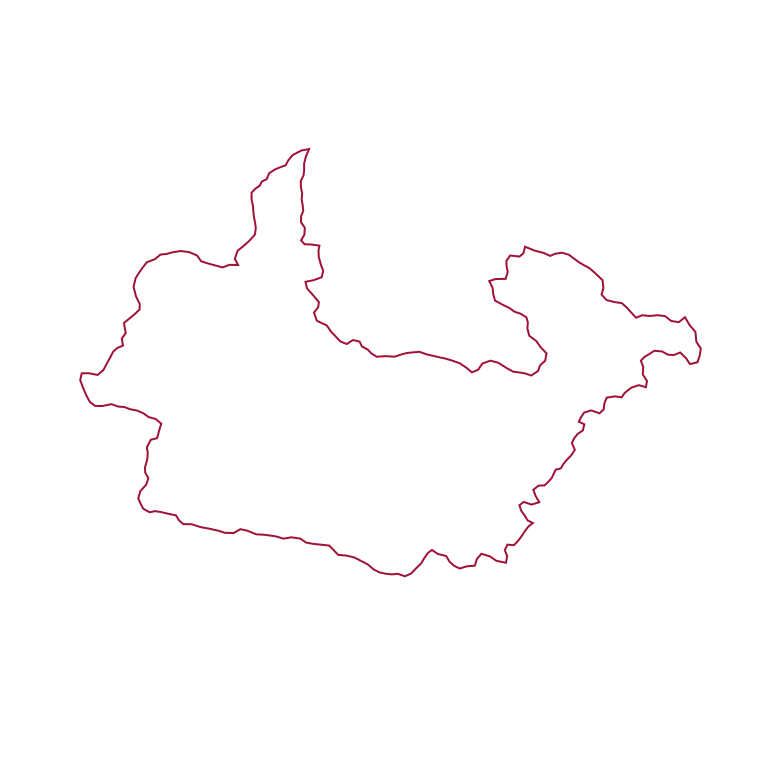 Virginópolis, Minas Gerais, Brazil (Natural Earth projection), rotated 289°
{"feature_id": "56859067B47884480134437", "entity_name": "Virginópolis", "entity_type": "district", "adm_level": 2, "iso_a3": "BRA", "parent_name": "Brazil", "parent_adm1": "Minas Gerais", "projection": "natural_earth1", "projection_center": [-42.648, -18.801], "detail": "fine", "context": "isolated", "style": "outline", "palette": "rose", "viewbox_px": 768, "rotation_deg": 289, "n_neighbors": 0, "source": "geoboundaries", "source_scale": "gbopen_adm2", "svg_char_len": 4136}
<svg xmlns="http://www.w3.org/2000/svg" viewBox="0 0 768 768"><g transform="rotate(289 384 384)"><path d="M581.8,236.7L577.9,229.9L570.8,223.1L564.1,220.6L558.7,219.8L555.6,215.8L551.3,211.0L545.7,206.7L539.5,206.4L535.7,202.6L531.0,201.9L527.0,198.9L521.8,196.5L515.6,198.6L509.5,202.2L504.4,204.4L499.5,206.7L494.9,209.4L490.0,211.9L483.3,213.3L475.1,209.8L468.2,205.9L462.3,202.2L453.8,202.2L449.0,207.3L446.3,198.9L441.7,193.5L441.2,186.4L440.7,178.6L440.5,171.1L444.6,165.5L445.3,156.8L443.5,148.5L440.0,141.7L436.2,136.1L433.6,130.5L427.5,126.8L421.9,120.1L413.9,117.4L408.0,115.8L402.9,114.7L394.3,115.6L386.1,121.0L380.0,127.1L374.8,128.6L369.0,125.6L363.1,122.0L357.1,118.3L352.5,120.7L348.2,123.2L341.5,121.3L335.4,124.7L331.2,120.1L326.4,117.4L319.3,116.4L313.3,115.3L305.7,114.1L299.3,110.2L298.2,101.9L295.7,94.7L288.8,95.5L281.0,101.9L275.1,107.5L271.3,111.7L269.2,118.0L271.5,124.9L276.2,132.8L276.2,140.4L277.7,145.9L277.5,152.0L278.5,159.3L278.0,166.1L276.1,172.3L276.6,179.5L273.9,186.4L269.0,186.4L263.6,186.8L258.9,187.1L255.3,181.6L246.9,180.4L241.8,183.1L235.9,184.7L226.9,185.2L222.5,187.1L218.2,191.9L211.3,191.9L203.4,188.5L195.9,188.9L191.8,192.6L187.7,197.0L186.4,204.2L189.2,208.8L190.3,214.6L191.1,222.8L192.1,230.1L188.5,234.3L186.2,239.8L188.8,247.9L189.0,257.4L190.3,265.9L191.3,274.6L191.5,282.1L194.2,290.4L200.0,295.5L200.8,302.4L200.3,312.2L202.6,320.4L204.7,331.0L205.1,339.4L208.8,346.1L210.6,355.2L208.7,361.8L209.8,369.1L211.6,376.9L213.4,384.9L210.0,391.5L207.5,396.4L209.6,404.5L210.3,412.8L209.3,419.4L208.2,427.2L205.4,434.3L204.4,440.9L205.1,447.0L206.5,453.3L209.0,458.8L209.0,466.4L213.7,471.4L220.1,474.3L226.5,477.6L232.6,478.8L238.5,480.5L242.7,483.4L240.8,490.3L241.6,498.7L237.3,503.9L234.9,509.6L234.2,515.7L238.6,521.7L241.8,529.0L248.8,528.8L255.2,531.4L255.5,540.3L253.4,547.8L254.7,557.5L261.4,556.5L266.2,552.3L272.3,553.0L273.9,559.3L279.0,561.7L284.4,563.5L290.3,565.0L296.2,566.9L301.0,570.0L301.8,564.2L305.2,560.2L308.8,555.1L313.4,551.5L318.0,554.5L318.0,562.7L322.8,569.3L327.2,564.1L332.6,559.6L338.3,563.3L340.3,568.7L344.7,571.1L349.9,573.2L358.9,574.2L361.8,578.7L366.7,579.6L372.8,582.0L377.4,584.2L383.9,585.9L389.3,580.9L394.3,581.4L399.7,583.3L404.9,587.1L411.1,586.6L411.8,580.5L416.9,581.1L422.3,582.6L426.5,588.6L426.4,597.3L431.7,600.0L437.2,598.7L443.6,599.0L447.6,606.6L448.7,613.0L454.0,614.5L461.0,619.0L465.9,625.4L466.2,632.6L472.5,631.7L477.1,625.7L484.6,623.5L489.7,619.3L494.4,621.5L498.7,625.1L503.4,628.7L505.3,636.2L504.2,642.9L505.6,648.4L510.2,653.8L506.9,660.9L502.5,666.8L506.6,673.3L513.3,673.3L520.7,672.0L525.6,665.6L534.6,661.5L539.2,653.8L545.1,646.8L538.4,642.6L537.1,635.0L539.7,627.7L538.1,620.2L534.8,613.0L533.0,605.6L528.7,600.8L531.8,595.0L535.3,588.8L537.9,582.3L536.6,575.9L535.8,567.2L539.4,560.6L546.1,560.2L553.3,556.9L557.2,548.4L560.5,540.3L561.5,533.9L562.8,527.9L564.6,522.3L566.4,516.7L566.1,509.6L562.8,503.3L559.2,499.4L559.9,492.1L559.2,483.3L559.7,472.7L553.0,473.2L548.6,470.6L546.6,461.5L540.2,459.6L534.8,461.8L530.2,464.5L523.0,464.8L519.6,455.4L515.6,450.0L510.3,455.4L505.4,457.5L499.0,461.8L497.4,471.6L496.6,478.2L494.9,483.6L494.9,490.2L493.4,496.9L489.0,500.0L483.3,501.4L476.9,505.7L474.1,514.2L469.7,520.2L465.9,527.7L458.4,528.8L452.8,525.6L446.4,525.4L440.0,520.5L439.9,513.8L438.9,507.8L437.7,502.4L438.9,495.2L441.3,485.1L440.7,477.0L435.3,470.3L428.2,468.4L423.6,463.3L426.0,457.3L428.3,448.8L428.3,439.9L428.0,433.3L427.2,427.3L426.7,421.5L425.9,414.8L426.0,407.2L423.4,401.2L420.5,395.1L417.4,390.6L413.3,385.2L411.0,376.9L407.4,368.2L408.8,362.2L411.3,357.3L412.3,350.9L416.2,347.0L415.4,340.3L409.7,335.8L410.0,328.9L413.4,322.5L416.4,316.7L420.8,310.7L421.9,300.0L428.8,294.5L435.2,296.8L440.2,295.8L444.8,288.2L449.4,280.0L455.1,276.5L459.0,283.3L464.6,290.3L471.2,289.7L476.1,285.6L482.8,281.0L488.9,278.6L493.8,277.9L492.3,270.1L490.3,263.4L492.8,258.8L499.2,260.1L505.9,258.3L510.0,252.8L515.7,251.0L521.3,251.3L526.2,249.1L531.6,246.1L537.5,244.6L542.8,241.5L548.9,239.2L555.1,240.0L560.5,238.8L566.4,236.7L573.8,236.1L581.8,236.7Z" fill="none" stroke="#9f1239" stroke-width="2"/></g></svg>